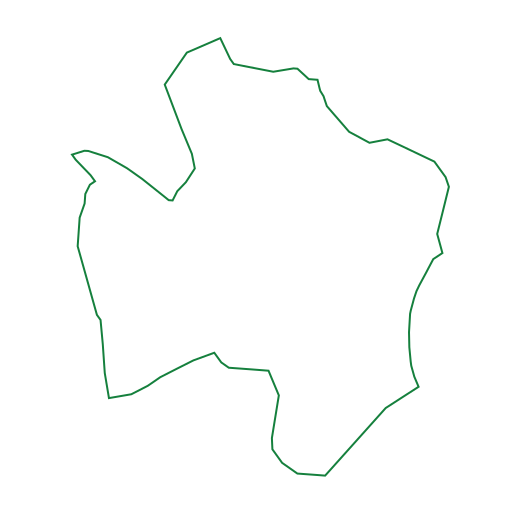 the district of Kesm Tahta, Suhaj, Egypt, rotated 183°
{"feature_id": "37247803B59901173509251", "entity_name": "Kesm Tahta", "entity_type": "district", "adm_level": 2, "iso_a3": "EGY", "parent_name": "Egypt", "parent_adm1": "Suhaj", "projection": "equal_earth", "projection_center": [31.491, 26.766], "detail": "fine", "context": "isolated", "style": "outline", "palette": "green", "viewbox_px": 512, "rotation_deg": 183, "n_neighbors": 0, "source": "geoboundaries", "source_scale": "gbopen_adm2", "svg_char_len": 1228}
<svg xmlns="http://www.w3.org/2000/svg" viewBox="0 0 512 512"><g transform="rotate(183 256 256)"><path d="M303.1,471.7L335.7,455.5L356.1,422.4L337.0,378.9L325.4,354.7L321.7,340.2L329.9,326.0L338.0,316.6L342.2,307.1L346.1,307.2L354.0,312.9L373.7,327.0L389.4,336.9L409.1,346.9L429.0,352.1L432.9,352.1L445.0,347.6L441.1,342.7L425.4,328.0L420.7,322.2L425.6,318.5L429.7,309.0L429.9,299.4L434.1,285.1L434.6,256.4L425.5,229.5L411.8,188.9L407.9,184.0L404.4,160.0L400.9,131.2L395.4,106.4L373.3,111.4L357.3,120.7L345.2,130.0L329.1,139.3L313.0,148.5L292.6,157.2L285.1,147.9L277.3,143.0L253.4,142.5L237.5,142.1L225.9,118.0L230.6,75.0L229.5,63.8L219.1,50.8L203.3,40.9L183.4,40.5L175.5,40.3L175.2,40.7L174.9,41.0L118.5,111.0L86.8,133.9L91.6,143.8L92.7,147.1L95.2,154.5L96.0,158.7L96.8,164.1L98.1,172.9L99.2,187.9L99.1,206.3L98.6,209.6L96.0,221.8L93.9,229.3L91.4,235.3L85.0,248.8L82.9,253.4L78.8,262.2L70.0,268.7L76.2,287.5L71.6,311.2L67.0,335.2L70.8,344.7L82.8,359.6L118.1,374.2L130.8,379.4L148.6,375.0L169.5,384.9L185.4,401.4L193.1,409.4L195.8,416.2L196.9,419.1L200.5,424.3L201.4,427.1L203.8,435.2L212.6,435.4L224.4,445.2L228.4,445.3L248.4,440.9L288.2,446.5L292.1,451.4L303.1,471.7Z" fill="none" stroke="#15803d" stroke-width="2"/></g></svg>